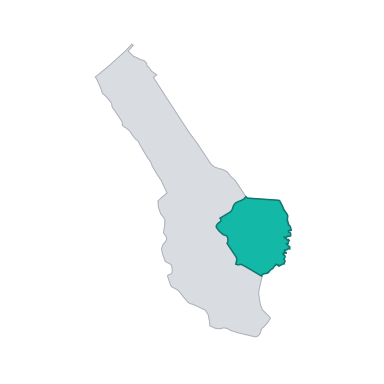 Atakora highlighted on a map of Benin, rotated 147°
{"feature_id": "BEN-2181", "entity_name": "Atakora", "entity_type": "Department", "adm_level": 1, "iso_a3": "BEN", "parent_name": "Benin", "parent_adm1": "", "projection": "robinson", "projection_center": [1.484, 10.71], "detail": "fine", "context": "in_parent", "style": "filled", "palette": "teal", "viewbox_px": 384, "rotation_deg": 147, "n_neighbors": 0, "source": "natural_earth", "source_scale": "10m", "svg_char_len": 4491}
<svg xmlns="http://www.w3.org/2000/svg" viewBox="0 0 384 384"><g transform="rotate(147 192 192)"><path d="M161.9,348.8L161.3,347.1L168.8,344.9L167.3,338.2L162.6,330.3L160.8,328.8L159.9,324.9L161.0,322.3L160.4,320.6L160.1,315.3L157.8,309.4L162.0,309.1L162.0,290.2L162.0,272.1L162.0,256.6L162.0,244.4L161.1,229.7L161.0,218.9L160.9,204.7L159.3,200.3L153.0,192.8L151.3,188.9L151.0,183.7L149.5,178.4L149.4,169.1L149.3,158.3L148.8,156.6L141.9,151.4L132.2,144.1L124.7,138.5L124.2,138.1L123.4,136.7L124.5,120.3L126.1,118.1L128.4,111.4L129.6,105.9L130.7,105.9L132.2,104.1L133.4,101.5L134.7,102.1L136.8,102.6L137.8,101.7L137.7,99.6L138.4,97.6L140.1,96.7L140.5,94.8L140.6,92.7L142.0,92.2L144.5,92.3L146.6,91.6L148.2,90.5L150.3,86.3L151.5,84.8L151.9,83.7L153.1,82.8L156.4,82.4L159.1,82.7L160.8,85.2L172.3,83.0L177.8,84.3L189.0,73.5L191.5,70.4L194.9,62.8L196.1,59.9L197.1,54.7L194.9,45.1L195.0,43.4L199.6,41.3L205.4,39.7L207.6,39.6L209.1,38.8L211.2,36.7L214.6,35.2L216.6,35.7L217.8,36.0L230.0,48.7L235.2,55.1L236.7,58.4L239.4,60.8L243.4,62.2L247.1,65.5L249.9,70.1L248.1,73.4L245.3,80.2L245.1,85.4L251.9,96.6L252.7,97.7L254.4,99.4L255.4,101.5L256.2,107.0L256.7,113.2L257.2,117.3L260.5,123.2L260.7,125.5L258.5,134.2L257.9,135.2L257.3,135.4L253.8,134.7L252.3,135.6L250.4,138.6L249.3,141.5L249.2,142.8L252.3,148.3L250.4,156.2L248.4,161.1L244.8,163.9L241.6,164.6L239.3,165.9L238.0,167.7L238.2,173.3L233.5,178.5L230.8,182.1L229.6,184.3L230.1,191.0L228.4,197.7L225.5,203.0L218.9,204.2L213.4,204.8L211.6,218.3L211.6,226.9L211.2,235.7L210.2,239.2L210.6,244.3L210.2,255.6L209.5,264.6L210.5,267.0L211.0,272.2L211.0,277.7L212.4,281.4L213.9,284.7L213.9,286.4L213.1,287.5L212.4,288.9L212.4,301.7L212.7,305.5L212.3,308.0L211.1,310.0L211.6,316.5L212.5,320.6L213.5,323.7L212.6,326.2L211.8,329.6L210.5,338.1L210.5,341.1L191.7,343.2L170.6,346.6L161.9,348.8Z" fill="#d9dde1" stroke="#a8b0b8" stroke-width="1"/><path d="M178.0,84.5L179.2,83.8L179.4,83.6L179.6,83.9L188.3,101.4L190.5,104.9L190.9,104.9L191.5,105.1L191.9,105.3L192.1,105.4L192.3,105.5L192.5,105.6L193.2,106.0L194.6,107.6L192.0,110.1L191.1,111.2L190.6,112.1L190.5,112.7L190.4,113.6L190.6,129.8L190.1,130.1L189.2,130.7L189.0,130.8L188.9,130.9L187.8,132.6L187.2,133.7L186.9,134.5L186.9,135.2L186.9,136.0L186.9,136.3L187.0,136.4L187.1,136.8L187.4,137.2L188.5,138.4L188.8,138.8L189.0,139.2L189.7,141.1L189.8,141.9L190.5,144.3L190.8,147.9L190.8,148.9L190.7,149.5L190.5,149.8L190.2,150.1L189.9,150.5L189.5,150.7L187.7,151.4L187.0,151.6L184.6,151.7L184.1,151.8L183.7,152.1L183.4,152.2L183.2,152.5L182.9,153.0L182.7,153.4L182.6,153.7L182.7,153.9L182.8,154.8L170.1,154.4L168.5,155.1L166.9,156.1L165.4,157.4L163.5,158.5L161.3,159.1L158.5,158.8L156.6,158.3L154.4,158.0L152.5,157.9L150.0,158.5L149.4,158.7L149.4,158.3L148.8,156.6L144.1,153.1L137.7,148.3L133.9,145.4L131.3,143.5L127.1,140.3L123.7,137.7L123.3,137.0L123.3,135.8L123.9,130.6L124.6,127.7L124.6,125.7L124.3,121.2L124.9,119.5L127.3,116.9L127.9,115.9L128.0,115.4L128.1,114.2L128.2,113.7L128.9,112.2L128.8,111.6L128.5,110.6L128.4,110.1L128.5,109.0L129.6,105.9L131.0,106.8L131.6,106.9L132.4,106.9L132.6,106.6L132.7,106.0L132.7,105.4L132.4,105.1L132.0,104.9L131.9,104.5L131.9,103.9L131.9,103.4L132.1,103.3L132.4,102.6L132.7,102.0L133.0,101.6L133.4,101.6L134.4,101.7L134.7,102.0L134.9,102.2L135.2,102.3L135.3,102.4L135.5,102.9L135.6,103.0L135.9,103.0L136.4,102.7L136.5,102.7L137.9,102.9L138.4,103.0L138.5,103.3L138.8,103.8L139.1,104.1L139.3,103.9L139.3,103.1L138.8,102.5L138.5,102.0L138.5,101.4L138.5,100.8L138.4,100.2L137.9,100.0L137.7,99.9L137.7,99.7L137.8,99.1L137.7,98.8L137.3,98.7L137.0,99.0L136.9,99.1L136.8,98.3L137.1,98.2L138.5,97.8L138.8,97.6L139.1,96.7L139.3,96.4L139.8,96.4L140.7,96.9L141.1,97.1L140.9,96.2L140.7,94.5L139.9,93.0L140.1,92.3L140.6,91.8L141.0,91.0L141.5,91.4L141.8,92.0L141.7,92.2L142.1,92.3L142.4,92.1L142.6,92.0L143.0,91.9L143.8,91.9L144.5,92.1L146.0,92.9L146.6,91.8L146.7,91.4L146.6,90.9L146.1,90.4L146.0,90.0L146.3,89.4L146.7,89.6L147.3,90.3L147.6,90.9L147.9,90.4L148.2,90.3L148.5,90.4L148.8,90.9L149.6,90.1L149.5,89.5L149.1,88.8L148.8,87.9L149.2,86.9L150.1,86.3L151.1,85.8L151.8,85.3L151.4,84.2L151.5,83.8L151.8,83.2L152.4,82.7L152.9,82.5L153.0,82.5L153.4,82.2L153.7,81.5L154.4,81.9L155.3,82.1L159.5,82.5L159.4,82.8L159.3,83.5L159.2,83.9L160.0,83.8L160.9,85.8L161.8,85.4L162.5,85.0L164.6,84.5L165.5,84.0L166.2,83.8L168.1,83.9L169.0,83.9L170.7,83.1L171.6,82.9L172.4,83.2L172.8,82.8L173.3,82.9L174.5,83.5L176.4,84.4L178.0,84.5Z" fill="#14b8a6" stroke="#0f766e" stroke-width="1.5"/></g></svg>